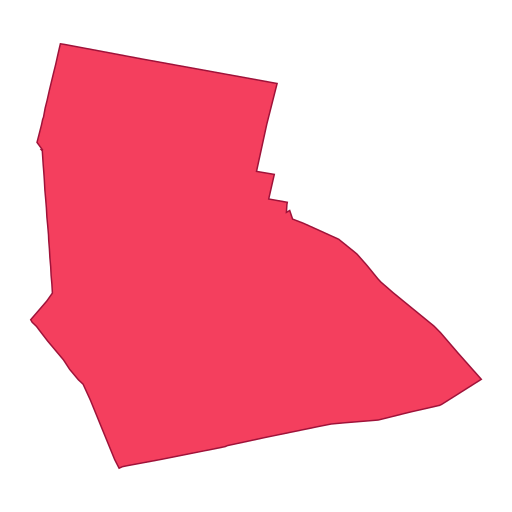 Dorobanti, Arad, Romania (Natural Earth projection)
{"feature_id": "2599482B12324082496079", "entity_name": "Dorobanti", "entity_type": "district", "adm_level": 2, "iso_a3": "ROU", "parent_name": "Romania", "parent_adm1": "Arad", "projection": "natural_earth1", "projection_center": [21.224, 46.354], "detail": "fine", "context": "isolated", "style": "filled", "palette": "rose", "viewbox_px": 512, "rotation_deg": 0, "n_neighbors": 0, "source": "geoboundaries", "source_scale": "gbopen_adm2", "svg_char_len": 1227}
<svg xmlns="http://www.w3.org/2000/svg" viewBox="0 0 512 512"><path d="M127.2,465.7L161.6,459.3L225.2,446.6L227.4,445.6L264.5,437.6L318.0,426.6L331.2,424.0L344.2,422.8L365.1,421.1L373.8,420.4L378.3,420.0L387.2,417.8L402.7,413.9L411.7,411.7L439.7,405.3L441.6,404.4L481.3,379.3L457.8,352.8L440.7,332.9L434.0,326.1L420.4,315.0L393.1,292.7L380.8,282.0L377.6,278.5L367.2,265.7L357.0,254.1L354.0,251.6L340.1,240.4L339.6,240.0L338.8,239.3L303.5,223.3L292.6,219.1L289.7,210.5L286.4,212.4L286.8,206.2L286.9,204.5L287.3,202.3L268.7,199.0L274.3,174.4L256.5,171.4L266.8,124.1L277.1,83.5L141.0,58.8L64.4,44.4L60.4,43.8L59.6,47.1L57.6,55.8L55.7,64.4L53.5,73.2L51.4,81.9L49.3,90.6L47.1,100.4L45.2,107.9L43.5,117.2L42.7,119.2L41.5,124.9L39.2,133.9L37.0,142.4L42.2,149.5L41.2,149.6L42.3,150.9L42.4,152.5L43.2,164.8L43.8,172.3L44.3,179.5L44.9,190.4L45.7,199.4L46.4,208.1L46.9,217.2L47.7,225.6L48.5,235.0L48.7,240.0L49.4,248.9L49.9,257.7L50.7,266.9L51.1,275.3L51.9,284.2L52.4,293.1L46.8,301.0L40.7,308.1L30.7,319.7L32.2,322.3L36.5,326.4L39.1,329.9L47.7,341.1L63.5,359.9L69.7,369.4L78.4,379.8L83.1,384.2L90.4,400.1L101.4,427.1L114.7,459.6L116.9,463.9L119.1,468.2L122.4,466.7L127.2,465.7Z" fill="#f43f5e" stroke="#9f1239" stroke-width="1.5"/></svg>